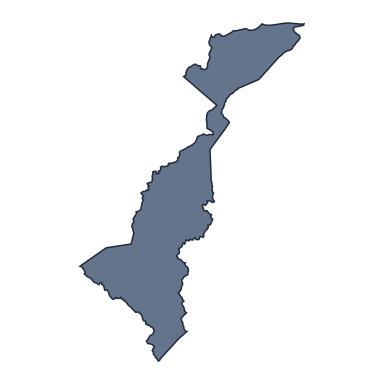 São Jerônimo, Rio Grande do Sul, Brazil (Albers equal-area conic projection)
{"feature_id": "56859067B72938685256949", "entity_name": "São Jerônimo", "entity_type": "district", "adm_level": 2, "iso_a3": "BRA", "parent_name": "Brazil", "parent_adm1": "Rio Grande do Sul", "projection": "albers", "projection_center": [-51.898, -30.291], "detail": "fine", "context": "isolated", "style": "filled", "palette": "slate", "viewbox_px": 384, "rotation_deg": 0, "n_neighbors": 0, "source": "geoboundaries", "source_scale": "gbopen_adm2", "svg_char_len": 4467}
<svg xmlns="http://www.w3.org/2000/svg" viewBox="0 0 384 384"><path d="M281.1,55.4L282.4,54.3L283.6,53.0L286.4,51.2L289.5,50.3L290.6,49.7L292.4,48.6L293.1,46.5L294.6,45.2L295.9,43.1L297.2,42.0L298.0,40.7L299.0,39.8L299.8,38.6L300.0,36.9L299.1,35.3L297.9,34.6L296.6,33.5L295.2,32.6L294.0,31.0L293.1,28.7L294.6,27.2L296.3,26.8L298.1,26.4L299.8,26.1L301.7,25.8L303.7,25.1L304.0,23.8L301.8,24.2L291.0,23.2L288.2,23.0L284.7,23.2L282.8,23.5L279.9,23.9L276.1,24.5L273.8,24.9L271.3,25.2L269.8,25.2L268.4,25.2L266.7,25.2L265.5,25.2L263.6,24.5L262.0,23.9L258.6,27.4L256.9,28.4L255.6,29.2L252.3,30.3L251.1,30.3L249.1,30.2L246.1,28.6L238.7,30.1L237.3,30.6L233.0,30.9L232.1,32.1L230.7,32.8L229.7,33.4L224.4,36.2L221.4,36.0L220.7,34.6L218.7,33.8L215.2,35.1L214.5,37.0L212.2,37.1L211.4,35.3L209.0,41.8L209.2,44.0L210.4,46.1L211.7,47.1L210.9,50.2L209.6,52.1L209.0,54.7L210.0,57.6L209.1,59.5L207.6,63.5L207.6,65.7L206.7,68.8L204.3,69.7L202.5,68.8L200.9,68.9L200.4,66.0L197.0,65.3L195.8,64.2L194.4,64.3L190.4,66.8L188.7,67.4L186.7,70.4L185.9,73.0L186.1,74.7L183.6,76.6L216.9,105.4L211.7,110.1L209.6,110.7L207.8,112.4L206.8,114.7L206.8,117.4L206.3,119.0L207.0,123.9L207.0,128.3L210.4,130.1L213.2,132.3L213.1,134.8L210.3,134.4L209.0,134.8L206.0,135.4L204.8,134.4L203.5,134.0L200.5,135.6L197.7,136.4L196.9,137.9L196.5,139.7L195.2,142.5L190.5,146.0L188.8,146.5L185.3,148.8L180.8,150.9L179.5,152.1L179.8,154.4L179.1,156.7L177.6,157.9L177.8,160.0L176.6,161.5L173.0,162.9L168.4,163.5L168.4,165.4L167.0,166.1L163.6,166.7L162.1,166.1L160.5,167.2L160.7,168.8L160.4,170.4L158.4,171.2L158.7,173.5L156.5,173.9L156.5,172.2L155.6,171.1L152.8,171.9L153.0,174.4L152.0,176.1L152.5,177.5L152.2,179.5L152.1,181.5L151.1,182.4L149.8,182.4L147.2,183.4L147.8,184.8L149.1,186.2L148.0,187.0L148.6,189.0L148.2,190.3L146.5,190.0L144.7,191.7L143.2,191.4L140.9,193.1L143.3,195.9L142.1,198.5L143.5,199.9L142.0,202.8L141.8,204.3L141.1,207.4L141.0,209.2L139.2,210.9L136.0,211.9L136.6,213.4L133.1,219.0L133.9,222.4L132.5,223.5L132.3,224.9L131.7,226.4L132.7,228.6L133.3,231.5L133.9,232.8L132.7,237.5L131.1,244.0L118.0,246.0L106.2,247.8L80.0,266.2L82.5,267.1L82.7,268.6L83.8,269.3L84.5,271.0L85.1,272.5L84.3,274.0L85.5,274.8L87.6,276.9L89.3,277.5L90.7,278.2L91.5,279.4L92.8,280.8L93.8,282.1L95.6,282.9L97.3,283.6L99.0,284.7L99.9,283.1L101.6,282.4L101.9,284.5L103.7,285.7L104.2,287.9L104.7,290.1L106.9,289.9L108.6,292.3L109.2,295.1L111.3,297.9L112.9,299.2L114.3,299.0L116.1,297.4L117.1,298.4L118.7,298.5L120.8,297.4L121.3,298.9L122.9,298.9L123.8,300.7L125.5,301.4L128.6,305.6L129.8,306.3L130.8,307.2L135.5,312.2L138.6,312.2L140.5,313.7L142.1,316.2L142.5,318.5L143.4,320.7L145.6,321.4L145.8,324.2L147.4,324.8L149.9,325.7L150.8,326.8L152.5,327.6L153.6,328.9L154.1,331.2L152.7,334.2L150.1,335.6L148.8,337.8L147.9,339.7L146.4,341.1L147.8,343.6L150.3,343.8L152.0,344.5L154.3,346.5L152.2,350.5L153.4,352.4L153.4,354.2L154.7,355.6L155.9,357.9L157.1,358.8L158.2,361.0L159.6,360.4L160.3,358.9L167.2,351.3L179.0,338.4L186.9,331.5L185.2,330.8L184.2,329.4L183.8,328.0L183.9,326.6L182.7,324.6L182.9,323.0L181.6,320.7L181.2,318.8L182.7,316.5L186.5,312.7L184.9,311.4L184.3,309.5L183.7,306.8L181.9,304.5L182.3,302.4L183.9,301.2L182.9,300.4L182.4,298.3L180.5,296.0L179.4,294.2L178.3,293.1L179.5,291.9L181.1,289.4L181.6,286.6L182.8,284.0L182.1,282.3L181.8,280.0L183.3,278.1L184.4,276.4L187.7,274.8L188.4,270.5L188.2,268.4L187.3,267.0L186.0,266.2L184.9,264.4L185.3,262.8L183.5,262.5L180.5,259.5L178.1,259.1L177.9,257.3L176.7,257.0L177.3,254.8L179.4,253.1L179.4,250.9L178.6,248.7L180.6,247.7L182.0,246.4L183.0,243.1L184.6,244.1L185.5,241.9L186.1,240.0L189.0,240.9L190.0,239.2L191.3,239.9L192.9,240.0L193.6,238.8L195.3,237.7L196.1,239.6L199.0,239.5L200.1,236.4L203.0,237.3L204.0,235.8L203.4,234.2L205.4,230.9L207.6,228.9L208.3,226.9L208.1,225.0L210.4,224.8L211.9,221.1L212.7,219.3L210.6,217.1L211.5,214.6L209.5,213.9L207.1,210.8L204.0,210.8L203.2,207.8L202.2,205.9L203.1,204.4L205.4,205.4L207.8,202.4L207.3,200.9L209.9,200.7L212.1,202.2L213.5,202.4L214.4,201.3L213.0,199.2L212.4,197.5L212.7,195.6L213.5,193.0L212.3,191.8L212.4,189.5L211.9,187.9L212.6,186.6L211.8,184.6L211.9,182.5L211.2,181.1L211.0,175.1L210.0,149.5L225.7,128.2L229.5,122.3L227.2,119.8L225.9,118.6L224.0,117.3L222.9,115.0L221.5,113.4L222.1,109.5L223.6,107.5L223.8,106.0L224.6,104.5L224.4,102.8L225.9,101.4L226.3,98.9L227.9,97.7L229.9,94.9L232.9,93.1L235.6,90.2L237.2,89.8L238.3,88.3L258.8,79.5L279.3,56.8L281.1,55.4Z" fill="#64748b" stroke="#1e293b" stroke-width="1.5"/></svg>